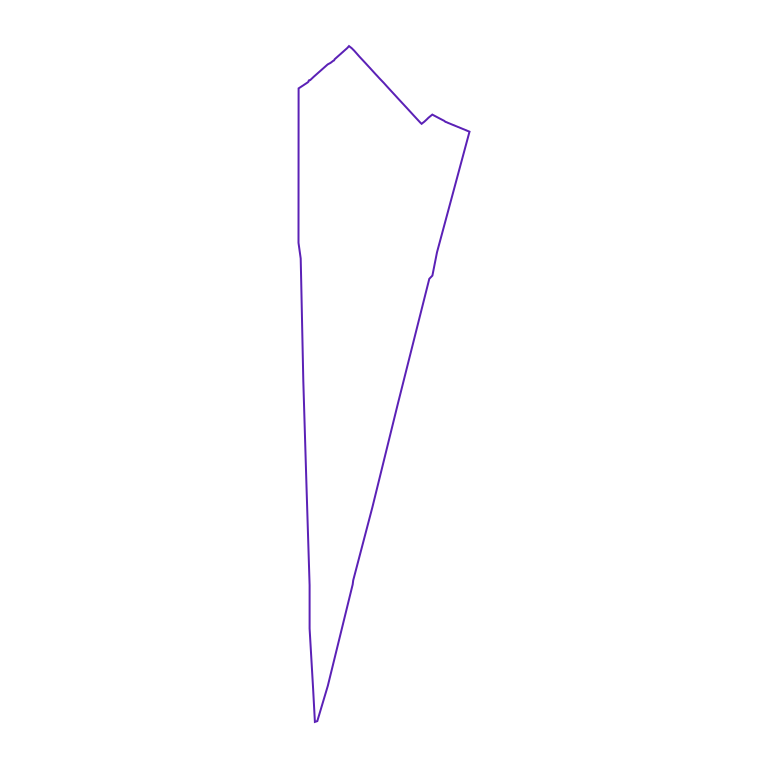 outline of Port Fuad 2, Bur Sa`id, Egypt
{"feature_id": "37247803B45623855174262", "entity_name": "Port Fuad 2", "entity_type": "district", "adm_level": 2, "iso_a3": "EGY", "parent_name": "Egypt", "parent_adm1": "Bur Sa`id", "projection": "albers", "projection_center": [32.32, 31.171], "detail": "fine", "context": "isolated", "style": "outline", "palette": "violet", "viewbox_px": 768, "rotation_deg": 0, "n_neighbors": 0, "source": "geoboundaries", "source_scale": "gbopen_adm2", "svg_char_len": 931}
<svg xmlns="http://www.w3.org/2000/svg" viewBox="0 0 768 768"><path d="M298.6,88.4L298.5,242.8L300.7,258.5L301.2,281.3L303.3,380.7L306.4,483.0L309.6,585.3L309.6,628.6L313.1,688.6L314.9,721.9L317.3,721.1L327.8,685.9L352.7,584.4L353.2,580.4L372.4,507.2L397.7,404.4L429.3,278.8L432.4,275.6L437.0,252.3L469.5,131.7L447.6,122.7L446.6,122.2L446.0,122.0L445.5,121.9L444.3,120.9L439.3,118.3L432.3,114.6L428.4,117.8L426.7,119.5L424.3,121.7L421.6,123.8L420.4,122.7L414.0,115.8L410.8,112.3L402.3,103.1L398.5,99.0L390.6,90.4L386.3,85.7L383.9,83.0L379.2,78.1L377.4,76.1L375.6,74.2L373.6,72.0L370.6,68.7L368.3,66.2L365.0,62.6L362.2,59.6L359.4,56.6L354.3,50.8L354.0,50.5L353.7,50.2L351.6,48.1L351.4,47.9L351.2,47.8L349.0,46.1L347.3,48.0L334.7,59.2L334.1,60.4L333.6,60.6L333.1,60.9L330.5,62.9L327.7,64.4L313.8,76.7L310.2,80.1L309.5,80.1L308.9,80.4L308.6,81.0L308.6,81.5L307.7,82.4L298.6,88.4Z" fill="none" stroke="#5b21b6" stroke-width="2"/></svg>